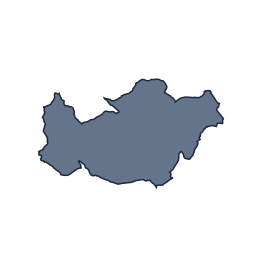 Altina, Sibiu, Romania, rotated 330°
{"feature_id": "2599482B30844393553970", "entity_name": "Altina", "entity_type": "district", "adm_level": 2, "iso_a3": "ROU", "parent_name": "Romania", "parent_adm1": "Sibiu", "projection": "mercator", "projection_center": [24.479, 45.949], "detail": "fine", "context": "isolated", "style": "filled", "palette": "slate", "viewbox_px": 256, "rotation_deg": 330, "n_neighbors": 0, "source": "geoboundaries", "source_scale": "gbopen_adm2", "svg_char_len": 5733}
<svg xmlns="http://www.w3.org/2000/svg" viewBox="0 0 256 256"><g transform="rotate(330 128 128)"><path d="M166.8,185.6L167.5,185.0L168.3,184.7L170.6,184.1L171.8,182.8L172.8,182.2L175.0,180.0L176.0,179.4L177.7,178.7L179.8,177.3L181.1,176.0L181.0,174.2L184.8,174.0L184.8,173.3L184.7,172.7L185.1,171.7L185.6,171.4L186.3,171.5L186.4,171.0L187.1,170.6L187.2,170.0L187.7,169.6L188.1,168.9L190.2,168.7L190.9,168.5L192.9,167.4L193.4,166.9L193.9,166.8L194.5,167.1L195.6,166.3L196.2,166.3L197.2,166.4L197.3,166.7L197.6,166.5L199.1,167.1L199.8,167.1L200.3,167.4L201.4,167.7L202.9,168.5L203.5,169.4L204.9,170.5L205.1,170.8L206.3,169.9L207.7,168.5L209.6,169.5L211.8,171.3L212.2,171.4L214.0,168.4L215.1,167.9L215.2,167.5L215.2,166.8L214.5,162.3L213.7,156.7L214.7,155.6L215.6,155.1L216.2,155.2L217.0,154.9L218.6,153.1L219.5,152.5L218.1,151.0L217.4,139.4L217.1,139.1L217.6,139.0L217.8,138.1L217.7,136.6L217.2,136.5L216.5,135.9L213.4,134.4L212.9,134.6L212.4,134.5L212.0,135.1L212.0,135.7L208.7,137.4L207.5,137.2L205.7,137.4L204.9,137.2L203.8,136.5L202.5,136.1L202.2,135.9L202.1,135.5L201.3,134.8L200.4,134.7L194.4,130.7L193.1,129.9L192.0,129.5L189.5,128.7L187.8,128.4L185.4,128.6L181.9,129.2L182.3,127.7L182.3,127.2L182.0,126.4L182.1,125.6L181.8,124.0L181.4,123.6L180.7,122.5L180.7,121.5L180.5,121.2L180.5,120.9L179.9,120.4L179.7,120.0L179.7,119.6L178.5,117.7L178.5,117.0L178.0,116.6L177.4,115.7L177.8,114.8L179.4,114.0L180.2,113.4L180.6,113.4L180.8,112.9L181.5,112.7L182.3,111.5L182.5,109.9L182.4,108.3L182.6,107.7L182.3,107.1L182.0,104.8L180.6,103.8L179.3,101.7L178.3,100.7L177.4,100.3L176.3,99.5L174.3,99.0L174.1,98.6L172.3,97.5L171.3,97.8L169.0,97.2L166.9,95.4L166.2,94.1L164.4,93.0L161.7,92.9L159.6,93.4L158.3,93.1L157.8,93.2L157.7,93.4L157.0,93.5L156.9,93.5L156.5,94.3L156.2,94.7L151.9,96.5L151.0,97.7L150.2,98.1L148.5,98.0L146.7,98.6L145.2,98.3L143.8,97.8L143.4,97.8L142.3,97.4L141.8,97.6L141.3,97.2L139.8,97.2L138.4,96.9L138.1,97.6L137.9,97.7L136.5,97.8L135.8,97.6L134.3,97.7L133.8,97.9L131.7,97.7L130.6,97.4L129.8,97.5L128.5,96.9L127.3,96.1L127.0,95.4L127.1,95.1L127.0,94.6L126.4,94.1L126.1,93.9L125.1,92.6L124.0,92.0L123.2,91.3L122.4,90.1L122.3,90.6L122.4,91.2L122.6,91.8L123.3,92.7L123.7,94.3L123.9,95.6L123.8,96.5L124.0,97.8L124.3,98.5L124.5,99.6L124.9,100.1L125.6,100.5L126.2,102.1L126.3,102.9L126.9,104.2L127.0,104.9L127.5,105.7L127.5,106.4L127.7,106.8L128.0,107.9L128.4,109.1L128.3,109.5L128.0,109.7L127.4,109.7L126.5,109.5L125.1,109.6L123.6,106.7L122.9,106.1L121.4,105.5L119.0,104.0L118.4,103.2L117.6,102.5L116.9,102.2L115.8,102.1L111.9,103.3L105.8,102.9L104.9,103.2L102.5,103.4L99.9,102.2L97.4,102.4L96.8,102.2L95.6,102.2L93.5,101.3L92.5,101.2L91.0,101.1L90.1,101.5L90.0,100.9L88.8,98.1L88.7,96.1L87.9,94.4L87.5,92.9L87.8,90.8L88.1,90.2L87.9,89.2L88.5,88.6L89.8,86.9L89.9,85.1L90.4,83.7L90.4,83.2L89.8,81.7L87.7,79.8L87.5,79.3L84.4,77.0L84.4,76.5L84.7,75.7L84.6,75.4L84.8,74.4L85.6,73.3L86.0,72.9L86.1,73.0L86.2,72.9L85.8,71.7L85.0,71.1L84.8,70.7L84.7,69.6L85.1,68.2L85.1,66.7L85.2,66.1L85.4,63.8L85.5,63.6L85.0,63.7L84.1,63.2L82.8,61.5L82.3,61.2L81.1,62.3L80.4,63.4L79.7,64.9L79.0,65.6L77.8,66.3L76.6,67.1L74.8,67.7L72.9,68.8L70.8,68.7L68.6,68.2L66.8,68.2L65.5,67.6L65.4,67.6L65.3,68.1L65.7,68.4L64.9,70.0L64.5,70.3L64.1,70.8L63.9,72.3L64.2,72.6L64.0,73.0L63.6,73.4L62.5,73.7L62.2,74.2L62.2,74.4L61.0,74.9L59.1,76.1L59.4,76.6L59.3,77.3L59.3,78.5L58.7,80.1L58.4,80.4L58.4,80.8L58.8,82.0L58.3,83.2L57.8,83.8L57.0,84.4L56.8,84.7L56.1,85.4L55.9,85.8L55.2,86.2L53.4,87.9L53.0,89.1L53.3,90.2L53.3,90.9L53.2,91.2L53.4,91.5L53.2,91.9L53.4,92.8L53.2,93.5L53.4,94.1L53.1,95.2L53.2,96.4L52.9,96.8L52.9,97.2L52.7,97.2L52.5,97.8L51.9,98.4L52.0,98.7L51.9,99.0L51.6,99.1L51.1,99.8L51.2,100.6L50.7,101.0L50.3,101.6L49.5,101.9L49.1,101.8L48.2,102.2L46.5,102.4L45.7,102.8L44.9,103.5L44.5,103.4L44.1,103.6L43.3,104.2L40.9,103.8L39.0,103.8L39.0,104.5L38.2,105.2L38.2,105.7L37.6,106.3L37.5,106.6L37.6,107.2L38.5,107.5L38.7,107.8L38.8,108.3L39.2,108.7L39.2,108.9L38.7,109.7L37.1,111.0L36.5,111.9L36.5,112.1L37.0,113.3L38.0,113.8L38.0,114.1L38.4,114.6L38.3,114.9L38.6,115.6L38.8,115.3L39.2,115.4L39.5,116.1L40.1,116.7L40.6,117.6L40.5,117.8L41.3,118.6L41.3,119.0L41.1,119.1L41.2,119.3L41.4,119.3L41.9,121.0L42.2,121.5L42.6,121.8L43.7,124.2L43.5,124.4L44.3,127.1L46.6,132.1L46.8,132.9L46.5,134.6L46.6,135.0L49.0,137.0L50.0,137.5L50.4,137.8L51.6,138.6L52.3,138.8L55.5,139.0L56.6,138.7L60.2,138.4L60.8,138.2L64.5,138.1L65.1,138.2L67.4,139.2L67.6,138.9L67.7,137.8L68.4,136.7L68.6,135.9L68.3,132.7L69.0,132.5L68.9,132.1L69.2,131.8L70.1,133.5L70.8,135.5L71.5,136.8L71.7,137.4L71.9,138.9L71.5,140.1L71.4,141.1L71.7,141.9L72.5,142.9L72.7,143.6L72.9,145.7L72.4,147.1L72.3,148.2L72.6,149.4L72.6,150.6L72.9,151.0L74.3,152.2L76.4,152.8L77.1,154.0L78.1,154.4L78.6,155.4L79.0,156.5L79.6,157.4L82.5,161.2L85.0,164.0L85.6,165.4L86.2,166.3L87.3,167.2L89.3,169.3L90.4,170.6L90.5,171.0L91.0,171.2L91.4,171.7L95.9,173.3L103.1,176.5L105.2,177.1L108.3,177.5L114.7,179.8L115.7,180.7L116.5,182.3L117.1,182.9L118.7,183.2L119.8,183.9L120.8,184.1L121.0,184.6L121.4,187.1L122.2,188.9L122.8,191.3L122.9,191.8L122.7,192.8L122.7,193.6L124.5,192.1L124.6,192.3L125.4,192.5L129.4,194.7L129.6,194.8L130.5,194.4L132.2,194.2L134.7,194.3L135.1,194.0L140.7,193.6L141.3,193.8L141.6,193.4L141.6,193.1L140.3,192.3L140.3,191.5L140.5,191.1L141.5,190.2L141.8,190.1L142.1,189.2L142.5,188.7L142.5,188.3L142.0,187.0L144.1,186.8L145.9,186.4L154.3,182.0L156.3,180.3L158.8,176.3L160.0,175.6L161.2,175.1L162.4,175.2L162.8,176.4L162.8,177.0L162.9,177.6L162.7,178.1L162.7,178.5L162.4,179.4L162.2,180.9L162.0,181.2L162.0,181.5L162.1,182.2L162.3,182.5L162.3,182.8L163.0,183.7L163.8,184.3L164.2,184.3L164.7,185.2L165.4,185.6L166.0,185.7L166.8,185.6Z" fill="#64748b" stroke="#1e293b" stroke-width="1.5"/></g></svg>